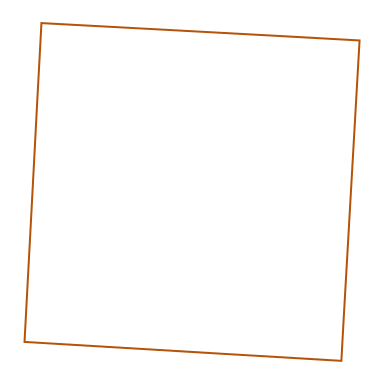 outline of Maracó, La Pampa, Argentina, rotated 183°
{"feature_id": "61730980B39039474647755", "entity_name": "Maracó", "entity_type": "district", "adm_level": 2, "iso_a3": "ARG", "parent_name": "Argentina", "parent_adm1": "La Pampa", "projection": "natural_earth1", "projection_center": [-63.664, -35.679], "detail": "fine", "context": "isolated", "style": "outline", "palette": "amber", "viewbox_px": 384, "rotation_deg": 183, "n_neighbors": 0, "source": "geoboundaries", "source_scale": "gbopen_adm2", "svg_char_len": 400}
<svg xmlns="http://www.w3.org/2000/svg" viewBox="0 0 384 384"><g transform="rotate(183 192 192)"><path d="M32.6,352.1L95.5,352.3L291.5,352.7L350.3,352.8L350.5,352.8L351.2,352.8L351.2,337.7L351.3,272.9L351.3,163.2L351.4,36.1L351.4,33.5L350.7,33.5L164.0,32.1L34.0,31.2L34.0,31.6L34.0,32.0L33.9,72.2L33.6,136.3L33.3,201.7L32.9,287.9L32.6,352.1Z" fill="none" stroke="#b45309" stroke-width="2"/></g></svg>